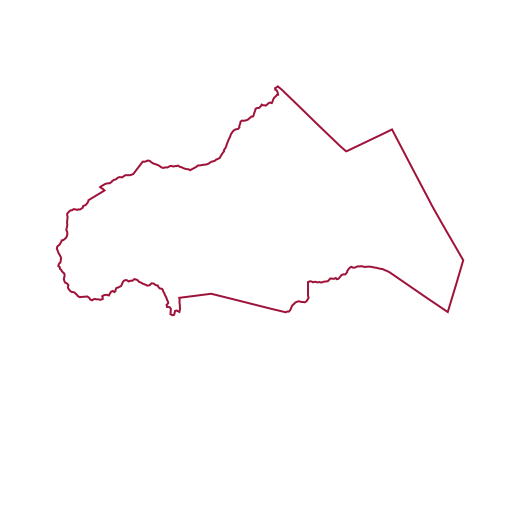 outline of Vitória da Conquista, Bahia, Brazil, rotated 62°
{"feature_id": "56859067B29313776642568", "entity_name": "Vitória da Conquista", "entity_type": "district", "adm_level": 2, "iso_a3": "BRA", "parent_name": "Brazil", "parent_adm1": "Bahia", "projection": "mercator", "projection_center": [-40.964, -15.074], "detail": "fine", "context": "isolated", "style": "outline", "palette": "rose", "viewbox_px": 512, "rotation_deg": 62, "n_neighbors": 0, "source": "geoboundaries", "source_scale": "gbopen_adm2", "svg_char_len": 4898}
<svg xmlns="http://www.w3.org/2000/svg" viewBox="0 0 512 512"><g transform="rotate(62 256 256)"><path d="M116.5,157.1L116.8,158.7L116.8,160.4L118.2,160.9L119.5,160.0L121.0,160.0L122.8,160.4L124.0,160.8L123.6,162.0L124.2,163.3L124.7,165.5L125.9,167.4L127.3,168.8L128.4,170.3L127.0,171.7L127.0,173.3L127.5,175.2L127.8,176.8L126.9,177.8L126.2,179.0L125.0,179.9L126.0,181.4L126.7,183.8L125.9,185.5L125.8,187.2L127.1,188.3L128.0,189.4L129.0,190.5L130.4,191.8L131.4,193.0L130.7,194.8L131.2,196.2L131.4,197.6L131.8,199.2L131.5,201.4L130.7,203.6L129.8,205.0L130.2,206.6L132.0,208.1L133.4,209.8L134.7,210.3L135.4,212.2L134.7,214.3L134.6,216.2L135.2,218.1L136.0,219.7L137.0,221.3L138.0,222.3L139.0,223.5L140.2,225.3L142.2,227.6L143.9,229.7L145.2,230.8L146.5,232.7L147.3,234.4L148.6,235.1L149.3,236.9L150.0,238.2L151.1,240.0L152.4,242.0L152.4,244.1L152.2,245.9L152.6,247.8L152.3,249.3L151.8,251.3L152.1,253.7L152.1,255.8L151.7,257.5L150.9,259.1L150.3,261.2L149.7,262.9L148.8,265.0L149.3,267.0L149.3,273.9L147.9,274.7L147.1,276.0L145.7,277.6L144.0,279.2L142.7,280.0L141.6,281.3L139.6,282.4L139.2,284.2L138.5,285.6L138.1,287.2L136.6,288.5L136.2,290.2L136.3,291.5L136.2,292.8L135.2,294.4L134.7,296.5L133.8,297.6L132.4,298.4L130.9,299.1L129.9,299.8L128.3,301.1L127.1,302.3L125.6,303.6L123.6,304.6L122.1,305.2L120.9,306.7L120.8,308.4L120.4,310.3L119.5,311.7L126.0,325.9L125.7,328.4L125.2,330.0L124.2,331.7L123.3,333.4L123.5,335.3L123.7,337.3L122.3,339.4L122.0,341.3L122.5,343.5L122.1,345.9L122.3,347.6L122.8,348.9L123.1,350.9L122.0,353.3L121.6,355.8L121.7,357.7L121.7,359.6L122.0,361.3L123.5,360.6L124.9,359.7L127.0,359.0L128.1,377.8L129.3,378.7L130.2,380.4L131.0,382.3L130.9,383.7L130.8,385.3L132.0,386.3L132.2,388.0L132.3,389.6L131.5,390.9L131.3,392.3L130.0,393.6L129.0,395.1L129.2,396.9L128.7,398.3L128.8,399.6L129.3,401.0L129.9,402.7L131.4,403.6L133.3,404.1L135.2,405.5L137.1,406.7L138.6,407.5L140.2,408.1L141.7,409.4L142.9,410.4L144.0,411.3L146.1,411.4L148.3,412.4L149.8,413.8L150.7,415.1L151.0,416.3L151.5,418.5L151.0,420.2L152.0,421.2L152.7,422.5L153.7,423.8L154.0,425.4L154.3,426.9L156.0,428.4L158.3,428.6L160.6,429.0L162.6,428.8L164.9,428.9L166.7,429.2L167.6,430.1L168.9,430.9L170.0,431.9L170.2,433.3L171.1,434.4L172.1,435.3L173.7,434.5L175.3,435.1L176.8,434.5L178.3,434.5L180.2,434.1L181.3,433.5L182.6,433.8L183.8,434.4L184.9,435.4L185.9,436.4L188.2,437.0L189.9,437.0L191.6,435.7L193.7,435.3L194.9,436.5L196.0,437.0L197.4,436.9L198.8,436.7L200.2,436.2L201.3,435.6L202.1,434.3L203.1,433.3L204.4,433.0L206.3,432.3L207.9,432.1L209.6,430.9L210.3,429.0L211.0,427.6L211.8,425.7L212.5,424.0L214.6,422.9L216.7,422.8L218.2,421.4L217.9,419.9L218.2,418.7L219.4,417.1L220.3,415.4L221.7,413.9L222.0,411.5L220.5,410.8L219.3,410.7L219.2,409.1L219.6,407.2L220.5,405.7L221.8,404.4L220.4,402.3L219.5,400.7L219.6,398.9L221.3,398.1L221.1,396.6L219.8,395.8L218.7,394.3L219.1,392.5L219.1,391.1L219.2,389.4L218.5,388.2L217.6,387.2L216.4,385.7L215.8,384.1L216.1,382.2L217.3,381.0L218.7,380.4L218.9,378.5L219.8,376.7L219.3,374.2L220.9,372.5L222.2,371.7L223.7,371.5L224.9,370.6L226.0,369.7L227.4,368.9L228.4,367.9L229.6,367.0L231.2,365.8L231.9,363.6L231.4,362.2L231.1,360.9L232.3,359.3L233.5,358.8L234.9,358.0L235.9,356.6L237.7,356.7L239.4,356.2L240.9,354.4L242.3,354.2L243.5,354.5L244.8,354.5L246.2,354.4L247.9,354.8L249.6,354.6L251.3,354.8L253.4,355.2L255.1,355.1L256.5,355.7L257.2,357.9L259.2,358.5L260.0,357.0L261.0,356.1L262.8,356.0L264.7,357.3L267.2,358.8L269.0,357.7L269.5,355.9L268.3,354.8L266.5,353.2L266.9,351.7L267.9,351.0L269.4,349.9L268.1,348.8L266.5,347.5L264.8,347.0L263.5,346.2L261.6,345.6L259.9,344.7L258.6,343.9L256.9,343.4L268.3,313.3L280.6,299.6L291.8,287.2L294.1,284.7L309.9,267.2L319.7,256.1L319.6,254.7L320.5,253.1L319.8,251.1L318.5,249.5L317.0,247.8L316.4,246.2L316.1,244.6L315.5,243.0L315.7,241.0L316.2,239.2L317.6,237.9L318.7,236.1L319.8,234.6L319.7,232.7L318.6,230.8L317.6,229.2L315.7,228.8L303.4,222.3L303.7,220.2L304.7,218.8L305.9,218.1L306.3,216.5L306.9,215.3L308.2,214.1L308.8,212.2L310.2,210.6L310.4,208.7L311.1,206.7L312.0,204.5L311.3,202.4L310.7,201.0L311.8,199.4L312.8,197.7L312.9,195.9L314.4,195.6L314.8,193.9L314.1,192.0L313.0,189.5L313.3,187.2L314.2,185.9L313.7,184.6L313.2,183.4L312.0,182.3L311.0,180.4L310.4,178.7L310.3,176.9L311.8,175.9L312.7,174.0L312.7,171.9L313.2,170.3L314.1,169.1L314.4,167.7L315.7,166.4L317.0,164.6L317.5,163.2L318.2,161.6L319.0,160.3L320.0,158.9L321.1,157.6L322.1,156.4L323.1,155.0L324.3,153.8L325.9,151.9L327.0,150.3L328.9,149.0L330.6,147.4L332.4,146.2L333.5,145.5L373.1,124.9L395.5,113.0L375.5,93.1L372.1,89.7L370.6,88.3L357.0,75.0L353.9,75.1L342.8,75.5L328.5,76.0L321.1,76.3L319.4,76.3L314.8,76.5L310.0,76.6L299.1,76.9L293.4,77.0L285.9,76.9L275.8,76.9L252.2,76.8L209.8,76.5L208.1,76.5L207.8,86.0L206.1,125.2L205.9,127.3L197.9,130.3L171.4,139.0L164.3,141.3L158.9,143.0L143.3,148.0L121.4,155.1L116.5,157.1Z" fill="none" stroke="#9f1239" stroke-width="2"/></g></svg>